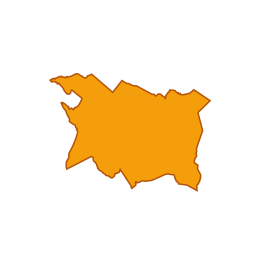 outline of Jano, Olancho, Honduras, rotated 121°
{"feature_id": "27666195B16054115349616", "entity_name": "Jano", "entity_type": "district", "adm_level": 2, "iso_a3": "HND", "parent_name": "Honduras", "parent_adm1": "Olancho", "projection": "orthographic", "projection_center": [-86.513, 15.059], "detail": "fine", "context": "isolated", "style": "filled", "palette": "amber", "viewbox_px": 256, "rotation_deg": 121, "n_neighbors": 0, "source": "geoboundaries", "source_scale": "gbopen_adm2", "svg_char_len": 5851}
<svg xmlns="http://www.w3.org/2000/svg" viewBox="0 0 256 256"><g transform="rotate(121 128 128)"><path d="M62.3,71.7L61.3,91.3L64.1,92.1L64.7,92.4L66.9,93.3L67.4,93.9L67.9,94.7L68.9,95.5L69.8,96.0L69.9,96.7L70.0,97.0L70.4,97.3L71.0,97.7L71.3,97.9L71.8,99.5L72.1,99.9L72.2,100.1L72.1,100.4L71.6,100.9L71.8,101.0L72.1,101.1L72.3,101.2L72.4,101.4L72.5,101.6L72.4,101.8L72.1,102.4L72.0,102.7L72.5,102.9L72.4,103.1L72.2,103.2L72.1,103.4L72.2,104.2L72.3,104.4L72.5,104.6L72.5,104.8L72.4,105.2L71.8,106.3L71.7,106.6L72.1,108.2L73.3,110.4L73.6,111.3L73.9,111.8L74.2,111.9L74.5,111.8L75.2,111.4L75.4,111.1L75.6,111.1L75.9,111.3L76.3,111.8L76.6,111.9L79.5,112.1L80.7,112.3L81.1,112.1L81.5,111.7L81.9,111.5L83.5,111.2L83.6,111.3L83.5,111.5L83.3,111.6L83.1,111.7L82.8,112.4L82.6,114.3L82.9,115.0L82.4,116.0L82.3,116.5L82.2,116.9L82.2,117.2L82.4,117.6L82.4,118.3L82.6,118.7L83.0,119.0L83.5,119.7L83.8,119.9L84.1,120.0L85.6,120.3L86.4,120.9L86.5,121.0L86.4,121.5L85.9,122.4L85.8,123.4L85.9,123.7L86.7,124.4L87.5,142.4L87.7,142.9L88.1,143.3L88.3,143.8L88.8,145.0L89.4,146.5L89.4,147.3L89.3,147.8L89.3,148.3L89.6,150.3L90.3,151.7L90.5,152.6L90.4,157.6L105.3,159.5L100.6,186.9L101.1,187.0L101.3,187.1L102.0,187.6L103.8,189.2L104.2,189.5L104.9,189.6L106.2,189.5L106.6,189.6L106.9,189.9L107.2,190.6L107.3,191.2L107.6,192.3L107.3,193.3L107.2,194.2L107.3,194.5L107.5,194.8L107.5,195.5L107.4,196.2L107.4,197.0L107.3,198.2L107.7,199.5L108.2,200.0L108.4,200.5L108.7,200.6L109.1,200.7L109.2,201.1L109.8,201.5L111.0,202.3L111.7,202.5L112.5,202.8L112.7,203.0L112.9,203.6L113.2,204.0L113.5,204.2L114.3,204.6L114.9,205.2L115.3,205.5L115.2,206.2L115.2,206.7L115.3,206.8L115.9,207.2L116.4,207.3L116.8,207.4L117.1,207.4L117.3,207.5L117.2,208.3L117.6,209.4L118.2,209.8L117.9,210.4L117.8,210.7L118.2,212.0L118.3,212.4L118.5,212.6L118.9,212.8L119.1,212.8L119.2,212.6L119.4,212.7L120.0,213.7L120.3,214.2L120.7,214.4L121.6,214.7L121.9,214.8L122.0,215.0L122.3,215.5L122.5,215.7L123.0,215.9L123.7,215.8L123.7,216.2L123.8,216.8L123.9,217.4L124.2,217.8L125.4,218.1L125.9,218.9L126.3,219.0L126.6,219.1L127.1,219.4L127.2,218.6L127.7,218.0L127.9,217.7L127.9,217.4L127.7,217.0L126.7,216.2L126.4,215.2L125.9,214.7L125.9,214.1L126.1,213.6L125.9,213.1L125.6,212.3L125.6,211.9L126.3,211.6L126.6,211.3L126.3,211.0L126.0,210.9L126.0,210.3L125.6,210.2L125.6,209.8L125.3,209.5L125.9,208.7L126.5,206.7L126.6,205.8L127.1,204.9L127.4,203.9L127.8,203.2L128.3,202.7L128.9,201.6L130.2,197.8L130.1,197.7L129.8,197.3L129.5,196.4L129.3,196.0L129.0,195.7L128.0,195.2L127.8,195.2L126.5,195.7L125.6,195.9L124.7,195.9L124.4,195.7L126.1,183.7L126.3,183.1L126.6,182.6L126.9,182.5L128.8,182.3L129.3,182.1L130.6,182.1L131.6,182.0L132.8,182.1L133.5,182.0L134.4,182.2L135.5,182.3L135.8,182.7L136.3,183.0L137.0,183.1L138.1,184.2L139.0,184.3L139.3,184.3L139.5,184.3L140.0,184.0L140.4,184.2L140.5,184.4L140.4,185.5L140.1,186.3L140.1,186.6L140.3,186.8L140.8,187.1L141.2,187.5L141.9,187.8L142.1,188.8L141.9,189.0L141.5,189.1L141.0,189.3L140.5,189.7L140.3,190.1L140.6,191.2L140.4,191.9L140.4,192.7L139.9,193.7L139.9,194.5L139.8,195.0L140.2,195.4L140.3,195.5L140.1,196.1L139.7,196.8L139.7,197.0L139.8,197.2L140.6,198.2L140.8,198.3L141.0,198.2L141.1,197.9L141.4,197.6L141.6,197.0L142.4,196.2L143.3,194.9L144.4,192.8L145.1,190.7L145.4,190.3L146.0,189.3L146.7,188.5L147.6,187.4L148.2,186.3L148.7,185.8L149.0,185.1L149.3,184.8L149.4,184.3L150.2,183.1L150.7,182.4L151.6,182.3L151.9,182.2L152.2,181.9L152.3,181.4L152.9,180.8L152.9,180.5L152.7,179.4L152.8,178.9L152.8,178.3L153.0,177.3L152.9,176.2L153.0,174.3L153.3,173.9L154.3,173.3L154.6,172.9L154.6,172.6L154.5,171.6L154.6,171.2L154.9,171.1L155.9,171.2L156.2,171.1L156.3,170.9L156.5,169.9L156.7,169.5L157.0,169.3L158.2,168.8L159.5,168.3L166.6,166.8L172.5,166.0L180.4,165.5L183.8,163.5L188.7,163.4L192.7,161.3L194.7,159.3L171.2,144.7L171.1,144.3L171.2,143.8L171.3,143.2L171.4,142.8L171.7,142.5L172.5,142.0L173.3,141.2L173.8,140.7L174.0,140.5L174.2,140.0L174.2,138.8L174.5,138.1L174.8,137.2L175.8,135.6L176.9,134.8L177.3,133.7L177.8,133.3L178.2,133.2L178.3,132.3L179.0,130.9L179.0,130.5L178.7,129.2L178.9,128.4L178.9,127.1L179.3,126.7L179.5,126.0L179.5,125.8L179.4,124.9L179.4,124.3L179.8,123.0L179.9,122.5L179.8,121.6L179.2,120.6L179.1,120.0L179.1,119.8L179.2,119.5L179.3,119.3L179.3,118.9L179.1,118.5L179.4,117.8L179.4,117.2L179.3,116.6L179.1,116.2L178.2,115.5L177.7,115.2L176.9,115.2L176.5,115.1L176.2,114.9L175.2,115.2L174.6,115.6L174.4,115.7L174.1,115.6L173.9,115.5L173.8,115.1L172.9,114.7L172.4,113.9L172.0,113.8L171.6,113.8L171.3,113.7L170.8,112.8L170.4,112.9L169.1,112.8L168.6,113.0L167.9,113.5L167.4,113.5L176.2,95.2L176.8,95.1L177.2,94.8L177.6,94.1L177.7,93.8L177.7,93.5L177.6,93.3L176.9,93.4L176.1,93.3L174.7,92.3L173.9,92.2L172.9,91.8L172.7,91.9L172.2,92.6L171.6,93.0L171.0,93.4L170.4,93.7L170.2,93.7L169.9,93.4L169.9,93.2L170.4,92.4L170.5,92.2L170.4,92.0L170.1,91.6L169.6,91.3L169.4,91.0L168.2,90.1L167.8,89.7L166.3,88.9L165.9,88.6L165.6,88.0L165.1,86.6L164.6,85.6L164.0,85.0L163.7,84.4L163.3,84.0L161.8,81.9L160.5,80.6L148.3,71.9L147.1,70.5L146.7,69.8L146.4,69.2L146.0,67.8L145.5,66.5L144.8,65.4L144.4,64.8L145.8,62.7L147.1,61.7L148.0,60.0L148.5,59.6L148.8,58.8L148.8,57.4L149.0,56.7L149.4,56.2L149.9,55.9L146.5,48.0L146.1,36.6L144.3,37.9L143.5,38.2L143.4,38.4L143.0,38.7L141.7,39.4L141.4,39.4L140.4,39.3L140.0,39.0L139.7,39.0L138.9,39.1L138.4,39.3L138.1,39.1L137.5,39.2L136.8,39.1L136.1,39.5L135.6,39.7L135.2,39.8L134.1,39.8L133.4,40.1L132.8,40.5L132.0,40.9L131.0,41.3L130.5,42.1L129.8,43.1L127.4,47.2L127.0,47.5L125.8,47.9L125.3,48.4L124.1,48.8L123.9,49.0L123.9,50.2L123.7,51.0L123.7,52.1L123.4,52.8L123.4,53.2L123.1,53.5L122.3,54.0L120.9,54.6L119.8,54.8L118.3,54.7L117.0,54.8L116.7,54.8L116.0,55.3L114.3,56.7L113.7,57.0L113.0,57.1L111.8,57.5L111.5,57.8L111.0,58.5L109.7,58.9L91.8,62.7L78.8,76.0L62.3,71.7Z" fill="#f59e0b" stroke="#b45309" stroke-width="1.5"/></g></svg>